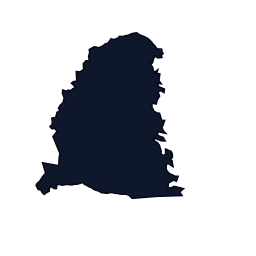 Seberi, Rio Grande do Sul, Brazil, rotated 201°
{"feature_id": "56859067B19593958817427", "entity_name": "Seberi", "entity_type": "district", "adm_level": 2, "iso_a3": "BRA", "parent_name": "Brazil", "parent_adm1": "Rio Grande do Sul", "projection": "robinson", "projection_center": [-53.366, -27.504], "detail": "fine", "context": "isolated", "style": "filled", "palette": "ink", "viewbox_px": 256, "rotation_deg": 201, "n_neighbors": 0, "source": "geoboundaries", "source_scale": "gbopen_adm2", "svg_char_len": 2356}
<svg xmlns="http://www.w3.org/2000/svg" viewBox="0 0 256 256"><g transform="rotate(201 128 128)"><path d="M173.5,205.3L175.8,205.3L177.0,200.2L179.4,198.3L181.3,195.1L184.3,192.4L186.5,192.2L188.8,191.7L190.2,189.9L192.3,187.3L190.8,184.7L190.4,180.5L188.0,176.6L191.2,175.9L192.8,172.0L190.4,166.8L192.8,163.2L196.5,162.2L193.7,155.8L192.6,153.3L195.6,151.8L196.9,149.5L194.2,148.5L191.5,146.9L193.5,145.1L195.1,142.1L197.4,142.0L198.8,140.2L202.5,140.1L201.6,136.8L198.4,133.2L197.8,128.3L199.5,124.8L200.0,121.6L197.7,119.4L199.9,117.3L199.3,112.1L202.7,109.8L201.1,107.3L200.1,103.9L201.4,101.4L198.7,100.0L196.1,101.4L193.1,99.3L195.0,93.1L182.4,79.8L181.6,75.6L179.2,68.0L195.3,64.9L188.6,56.2L189.9,53.4L190.7,49.9L191.5,46.3L192.8,44.3L193.3,41.6L189.8,38.4L187.2,38.9L185.0,37.0L182.4,36.0L180.8,38.6L178.9,40.7L179.7,43.1L179.3,45.9L175.1,45.0L173.0,45.9L174.2,49.2L172.1,50.6L169.0,51.0L166.4,52.6L164.1,53.7L161.8,54.2L159.7,54.9L157.8,56.3L155.1,57.4L152.5,59.5L150.5,60.9L148.3,59.7L146.3,59.7L143.9,59.2L141.0,59.2L137.2,58.3L134.7,58.5L132.6,58.6L129.7,58.1L126.8,58.9L124.0,59.5L122.0,61.1L119.4,62.1L116.5,62.4L113.9,63.2L111.6,63.5L108.9,64.4L105.8,65.6L102.5,65.4L98.9,63.8L77.1,74.3L53.3,84.3L56.8,86.7L54.4,91.3L63.9,90.1L67.2,86.9L69.5,87.3L70.6,91.2L66.8,95.6L63.7,95.6L63.9,100.9L66.5,99.9L73.4,100.4L77.5,102.8L79.2,107.7L77.6,109.2L72.1,108.0L75.3,113.4L77.3,113.9L76.0,116.4L77.3,119.7L79.6,121.7L82.3,121.7L85.4,121.8L83.5,116.9L84.9,115.1L88.1,115.7L88.6,118.2L92.7,123.3L95.5,125.0L98.0,125.0L100.5,128.0L92.1,128.0L88.6,129.3L91.9,131.8L96.7,131.7L99.4,134.1L97.6,135.4L90.9,136.5L94.6,138.4L96.5,140.9L96.3,143.5L96.5,148.2L99.4,147.2L101.3,149.9L103.9,153.1L105.8,152.5L109.6,152.9L113.1,156.0L114.5,159.8L110.2,160.5L110.8,164.4L109.9,169.1L113.0,172.5L110.6,174.7L107.1,173.9L107.9,177.4L114.2,177.6L116.7,180.2L112.7,181.1L116.1,183.4L116.9,186.8L117.6,189.9L120.9,189.4L121.1,193.0L123.6,189.0L126.8,193.5L130.6,196.6L128.5,197.4L128.9,201.7L128.4,205.0L125.3,204.1L121.6,206.0L123.0,207.6L121.9,210.1L123.6,211.5L124.8,213.7L129.3,212.3L132.3,214.3L134.9,215.5L137.0,216.8L139.0,217.7L141.2,218.6L144.2,219.0L147.6,219.2L150.3,219.1L154.0,220.0L156.0,218.9L158.7,217.1L160.9,214.8L163.9,212.9L166.1,211.3L168.6,210.7L169.9,208.2L171.4,206.6L173.5,205.3Z" fill="#0f172a" stroke="#020617" stroke-width="1.5"/></g></svg>